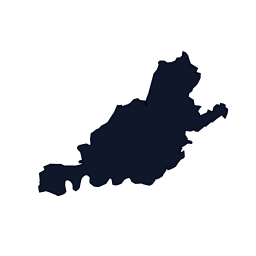 Janub Al Jazirah, Gezira, Sudan, rotated 76°
{"feature_id": "16777658B42826552417214", "entity_name": "Janub Al Jazirah", "entity_type": "district", "adm_level": 2, "iso_a3": "SDN", "parent_name": "Sudan", "parent_adm1": "Gezira", "projection": "orthographic", "projection_center": [33.449, 14.094], "detail": "fine", "context": "isolated", "style": "filled", "palette": "ink", "viewbox_px": 256, "rotation_deg": 76, "n_neighbors": 0, "source": "geoboundaries", "source_scale": "gbopen_adm2", "svg_char_len": 3782}
<svg xmlns="http://www.w3.org/2000/svg" viewBox="0 0 256 256"><g transform="rotate(76 128 128)"><path d="M72.5,52.7L69.3,54.0L67.6,56.0L68.3,56.4L69.0,56.9L70.0,57.1L70.6,57.3L71.2,57.6L71.6,58.0L72.0,58.9L72.9,60.1L72.7,61.3L72.2,62.7L72.5,63.7L73.0,64.2L73.8,64.6L74.7,65.7L74.9,67.6L75.4,69.7L74.5,74.7L72.1,76.7L71.0,80.7L71.8,82.3L74.3,82.3L76.4,83.7L78.8,85.3L81.8,89.4L98.8,98.8L99.3,98.2L100.1,98.7L100.0,99.6L101.6,100.7L104.0,102.3L106.5,104.0L109.8,104.0L110.8,105.1L106.0,105.5L104.5,109.8L102.1,111.6L102.2,115.5L104.7,119.3L105.6,122.1L106.0,128.9L104.5,129.2L104.5,131.0L104.1,131.9L103.8,132.7L110.0,137.4L110.9,138.5L114.4,142.3L117.8,145.8L119.0,149.0L119.6,151.9L120.2,153.6L121.0,154.7L121.9,156.0L122.4,159.3L123.8,162.2L124.4,163.4L124.4,164.2L124.8,164.9L128.0,166.1L128.9,166.5L129.8,166.8L132.6,167.2L134.2,167.5L134.6,167.0L135.6,168.1L135.9,169.3L135.3,170.5L133.7,172.3L133.5,175.4L133.5,178.5L133.7,180.3L134.8,181.5L136.1,181.5L137.0,181.2L138.0,180.5L139.9,179.5L143.4,179.5L145.1,179.6L146.5,179.6L148.1,179.9L148.7,180.2L148.8,180.8L148.5,181.4L148.4,182.2L148.5,182.9L148.8,183.4L149.7,183.4L150.1,182.7L150.2,181.9L150.2,180.9L150.5,180.5L151.2,180.4L152.1,180.6L152.7,183.2L152.4,189.0L151.8,190.6L150.3,196.6L149.8,198.9L149.0,199.9L147.2,202.2L146.4,206.0L145.6,208.5L144.6,212.0L145.6,218.8L148.7,218.2L149.7,221.1L150.7,224.7L151.4,224.7L157.3,225.6L158.1,225.6L158.7,225.8L159.1,226.4L161.5,226.4L163.4,228.7L166.9,229.0L168.5,229.0L168.7,226.0L168.7,222.8L170.1,220.5L170.4,220.0L171.2,218.9L172.1,217.4L173.4,216.0L173.9,215.2L174.6,214.1L176.4,212.3L176.4,210.4L176.3,209.4L176.1,207.4L175.8,205.6L174.6,203.9L172.3,203.8L168.3,203.6L167.4,203.3L166.8,203.1L166.0,202.9L164.1,202.2L163.3,200.4L163.4,198.7L164.7,197.2L166.1,195.8L167.7,195.4L168.8,195.0L170.9,195.0L172.4,195.4L173.2,195.6L174.1,195.7L176.0,193.8L175.3,191.9L174.0,190.0L171.7,188.9L170.8,188.5L169.3,187.8L166.0,186.1L164.1,184.2L163.5,182.7L162.9,181.2L163.1,179.0L164.2,178.0L164.7,177.6L166.3,176.3L167.5,176.7L168.7,177.0L170.6,177.6L171.2,177.8L172.3,177.7L172.6,177.3L173.6,176.6L174.3,176.1L176.1,174.5L176.4,173.6L176.7,172.9L177.0,172.1L177.4,170.5L177.0,168.2L176.9,167.1L176.7,166.2L176.5,164.7L176.0,162.8L174.3,160.9L172.0,158.4L172.2,156.5L173.4,155.8L175.9,155.8L178.8,156.1L179.5,155.1L180.1,153.3L180.1,152.1L180.1,150.9L179.8,148.2L176.5,144.0L175.8,140.0L176.6,137.8L180.8,136.9L183.3,134.2L184.5,127.9L185.8,126.2L186.7,124.5L187.4,123.2L188.4,120.9L187.9,118.3L185.1,114.8L184.5,114.9L183.8,114.2L183.7,113.4L184.1,112.7L183.6,109.5L182.5,106.3L181.1,105.4L178.0,101.7L177.0,101.6L176.0,100.9L176.2,99.8L177.5,99.5L178.0,98.4L177.4,94.8L176.4,91.2L173.2,87.9L172.2,86.5L170.8,84.6L170.1,81.4L169.2,80.5L167.5,80.2L164.2,79.7L164.9,81.3L164.8,82.5L164.3,83.3L163.1,83.2L162.3,82.3L161.6,82.2L161.0,80.9L160.0,81.3L159.1,81.9L158.8,81.1L158.9,80.1L158.6,78.9L158.4,77.8L157.7,76.2L156.9,74.3L157.1,72.8L158.1,70.1L157.6,69.6L156.3,70.2L154.8,72.9L154.1,73.6L153.5,73.7L152.7,73.3L148.3,74.8L143.8,73.0L145.5,69.0L145.9,67.5L145.6,65.7L145.3,64.6L147.1,63.1L147.7,61.7L147.8,60.4L146.8,58.7L145.6,55.9L144.1,53.4L144.9,52.4L143.2,48.8L141.6,45.8L142.3,44.9L141.7,43.4L139.8,39.6L137.9,34.6L137.6,33.9L141.6,31.4L140.2,30.4L137.5,28.4L133.8,27.0L131.3,29.3L129.4,28.4L127.9,30.0L127.2,31.5L126.9,32.1L128.2,32.8L128.8,33.6L127.4,35.2L127.2,36.7L129.1,39.7L132.3,41.2L132.7,42.7L130.3,45.8L132.6,47.3L133.7,53.5L134.1,55.6L131.8,55.4L129.8,56.3L128.5,56.6L126.9,55.1L124.9,52.6L124.1,54.0L123.5,56.1L122.2,58.6L116.7,58.2L112.2,62.5L108.5,60.5L107.2,57.2L105.1,56.0L103.8,54.0L103.4,53.0L102.2,51.3L100.9,49.7L96.8,46.2L92.7,45.0L91.7,47.0L90.3,49.0L86.9,46.4L81.1,52.1L75.4,52.7L72.5,52.7Z" fill="#0f172a" stroke="#020617" stroke-width="1.5"/></g></svg>